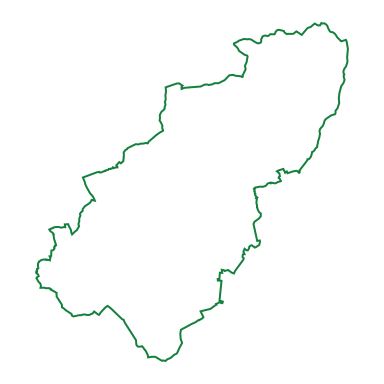 outline of Ceica, Bihor, Romania
{"feature_id": "2599482B26005184493765", "entity_name": "Ceica", "entity_type": "district", "adm_level": 2, "iso_a3": "ROU", "parent_name": "Romania", "parent_adm1": "Bihor", "projection": "orthographic", "projection_center": [22.182, 46.874], "detail": "fine", "context": "isolated", "style": "outline", "palette": "green", "viewbox_px": 384, "rotation_deg": 0, "n_neighbors": 0, "source": "geoboundaries", "source_scale": "gbopen_adm2", "svg_char_len": 5855}
<svg xmlns="http://www.w3.org/2000/svg" viewBox="0 0 384 384"><path d="M222.8,301.6L219.5,300.6L221.5,280.8L217.8,280.5L217.7,279.0L219.4,278.9L219.9,272.7L222.2,272.9L221.8,269.8L224.1,270.3L224.6,271.0L228.0,270.0L231.5,272.5L233.9,273.5L235.3,270.6L243.4,259.6L243.7,258.2L242.6,257.2L242.6,256.7L242.8,254.7L243.1,254.3L244.5,254.2L243.4,251.9L244.6,248.8L246.5,250.3L247.8,250.3L248.7,249.1L249.2,247.6L249.2,246.8L250.7,245.5L251.7,245.3L253.2,246.4L253.9,246.6L254.5,247.5L255.7,247.3L259.3,244.9L260.0,241.6L259.8,240.5L257.2,240.9L253.5,224.0L254.5,221.7L258.9,218.6L260.8,216.2L260.8,213.4L259.3,212.4L257.8,209.8L257.4,207.9L257.0,207.6L257.0,205.4L256.5,203.6L256.5,201.6L256.9,198.7L256.0,198.3L256.3,197.7L256.2,197.3L256.9,197.2L255.4,195.7L255.3,193.8L254.9,193.8L254.7,192.0L254.5,191.6L254.8,191.1L254.6,190.7L254.3,190.7L254.4,189.8L254.0,189.1L254.8,188.9L255.2,188.0L254.9,187.8L255.1,187.6L260.2,186.6L263.0,186.8L265.3,186.0L266.4,185.2L267.4,183.8L269.1,182.9L270.7,183.3L270.9,182.6L275.1,183.4L278.5,181.8L280.8,181.2L280.7,180.6L279.8,178.9L278.6,177.8L278.9,177.0L279.9,176.3L279.4,173.4L276.9,171.3L278.1,170.6L283.3,168.9L285.1,172.7L286.0,171.7L286.8,171.4L287.5,173.2L293.3,171.3L296.5,170.8L297.5,171.3L298.9,172.8L299.3,172.8L299.8,172.0L299.3,171.5L299.2,171.0L299.5,170.9L299.6,170.2L300.2,169.8L300.9,168.6L305.9,162.2L307.6,159.7L307.6,159.2L308.8,159.2L310.4,157.5L311.0,156.3L311.9,153.4L312.0,152.1L312.8,151.8L314.3,150.5L315.7,148.2L317.2,147.1L317.2,145.5L317.7,143.9L318.0,141.6L319.3,137.5L319.9,134.4L320.0,133.5L319.5,131.6L319.9,129.4L320.6,128.3L322.9,125.8L323.9,123.3L324.3,121.6L324.9,120.2L325.9,119.0L331.1,115.4L335.0,114.2L335.5,113.4L335.5,111.3L335.7,110.5L337.4,108.5L339.2,103.2L338.8,97.9L339.5,92.7L341.2,86.2L343.5,83.0L344.6,79.8L343.7,77.0L343.8,75.0L344.3,74.6L343.4,72.4L343.5,71.0L344.1,69.2L346.1,66.3L347.5,61.8L347.1,57.2L347.9,49.0L346.7,41.7L345.9,39.9L341.2,41.3L337.4,37.5L335.9,35.1L334.3,33.2L332.6,32.2L330.9,32.0L329.8,31.3L328.2,28.3L327.2,25.6L325.4,23.9L324.2,23.3L322.4,23.6L321.4,23.0L320.0,25.4L318.0,25.4L314.7,23.6L310.6,27.0L308.1,27.8L307.1,28.5L301.7,34.9L296.4,31.4L293.2,33.9L287.9,33.9L286.9,34.1L284.6,32.6L283.9,31.0L279.4,29.9L277.9,29.9L276.7,30.6L275.7,31.7L275.0,33.6L274.5,34.3L270.2,34.2L268.7,35.7L267.6,36.1L265.4,35.5L263.9,35.8L262.4,36.6L262.0,37.9L261.2,39.1L261.2,41.6L260.9,42.4L259.5,43.2L257.5,43.3L255.5,42.3L251.5,39.7L249.5,39.1L247.2,39.3L243.8,39.0L238.6,40.8L237.9,41.6L234.0,43.4L233.9,44.0L234.1,44.7L237.0,47.3L238.1,48.8L239.0,50.9L244.8,54.9L247.2,55.6L247.6,56.4L246.6,62.2L244.9,65.9L245.4,67.8L245.6,69.4L242.6,75.5L242.8,76.6L242.0,77.0L240.7,76.3L235.3,75.7L233.1,74.9L229.3,75.3L224.7,80.1L218.5,83.2L214.3,83.2L213.0,84.2L208.7,85.0L207.3,84.5L204.6,84.6L200.7,86.5L184.5,87.8L181.6,88.9L181.5,87.1L181.9,86.8L182.0,85.8L182.4,85.6L179.2,83.4L176.8,83.5L165.7,87.3L166.0,92.1L165.4,95.0L165.7,98.8L165.5,100.3L164.9,101.9L165.5,104.4L165.3,105.4L164.5,107.3L164.7,108.5L163.9,109.7L161.6,111.6L160.4,113.7L159.8,115.4L160.0,118.3L159.6,120.5L161.1,122.8L162.4,125.9L162.2,128.0L163.1,130.7L159.7,132.6L156.0,135.3L149.2,141.2L148.2,142.3L148.0,143.1L147.6,143.4L146.0,143.0L142.4,143.7L140.7,143.6L138.7,144.4L135.7,144.2L127.7,148.1L127.3,148.5L127.2,149.0L125.6,149.9L123.7,152.3L123.9,155.4L123.6,156.9L123.8,157.6L123.7,158.2L123.4,159.5L123.3,161.2L120.9,163.3L119.3,162.1L116.4,165.2L117.4,166.9L117.4,167.4L115.5,167.4L113.8,168.2L112.9,167.3L111.7,168.7L110.7,168.7L110.4,169.0L108.8,168.9L108.2,169.8L104.9,170.7L104.9,171.1L103.2,171.5L101.8,172.2L100.1,172.6L99.3,171.9L96.6,172.4L82.9,177.5L84.9,182.3L85.3,184.3L86.6,187.1L90.0,193.2L92.8,196.4L94.3,199.2L94.8,200.7L91.6,199.9L91.3,200.9L90.2,202.5L88.9,203.6L84.9,206.2L83.0,208.7L82.7,209.2L82.6,211.0L81.0,212.3L79.9,214.0L80.4,215.7L79.6,217.4L79.2,219.2L79.3,221.3L78.5,223.7L78.5,224.8L79.1,225.9L78.9,226.6L76.7,230.3L74.8,231.7L72.1,234.4L71.3,232.6L71.1,230.8L70.8,229.7L68.7,225.7L68.2,224.2L64.8,224.4L65.2,227.2L64.0,227.0L61.3,227.7L58.4,226.9L55.0,227.1L53.3,227.6L53.1,228.0L52.1,228.2L51.6,228.7L50.9,228.7L49.3,229.5L50.1,230.9L53.1,233.3L53.7,234.4L53.3,234.6L53.4,235.1L53.7,236.2L54.1,239.0L56.1,245.2L55.7,245.6L55.3,245.6L55.2,246.1L54.7,246.0L54.1,247.7L54.4,247.8L54.5,248.4L53.7,249.7L53.1,250.2L51.4,250.5L51.2,254.4L51.2,255.8L50.8,256.6L50.4,256.6L50.1,256.2L49.6,256.3L50.3,257.9L50.2,258.9L49.8,259.5L49.9,260.3L47.4,259.7L47.2,260.0L45.9,259.8L45.6,259.3L44.8,259.7L43.3,259.5L41.2,260.1L40.9,260.5L39.0,261.5L38.9,262.2L38.1,263.1L37.9,266.3L38.2,267.1L38.3,268.1L38.0,268.2L37.6,269.0L37.1,269.0L37.1,270.2L36.9,270.0L36.5,270.9L36.8,271.9L36.2,272.0L36.1,272.4L36.3,273.1L38.1,274.5L38.7,276.1L36.6,277.6L36.5,278.2L38.8,282.2L39.7,282.8L40.2,283.5L40.8,285.1L40.9,285.8L40.5,287.8L44.3,287.7L45.8,288.2L49.5,288.2L51.1,289.3L50.8,289.7L53.7,291.1L56.6,292.9L56.4,293.3L56.7,295.5L56.6,296.5L61.6,304.3L62.0,305.4L62.0,307.3L64.0,308.6L65.6,310.1L71.4,313.9L71.8,314.7L71.8,315.4L72.8,316.2L73.6,316.4L79.2,315.2L81.4,315.2L81.9,314.8L84.3,314.4L87.1,315.0L89.0,315.0L92.7,313.4L94.1,311.5L97.7,314.2L99.0,314.9L101.1,312.0L105.2,307.6L107.5,305.9L107.9,306.1L110.9,308.4L121.3,318.4L122.6,319.5L123.6,319.7L124.7,322.5L136.0,340.2L136.3,344.3L136.6,345.2L137.5,346.3L138.7,346.7L141.0,346.6L142.0,346.2L143.3,347.6L144.8,350.0L145.3,350.2L146.3,352.0L147.7,354.8L148.1,357.4L151.5,356.8L155.3,356.8L161.9,360.8L162.3,360.5L163.6,360.5L165.4,361.0L167.5,359.2L170.6,358.0L174.4,354.6L176.2,353.9L177.1,353.1L179.4,348.0L182.1,342.9L180.8,339.3L180.6,338.1L180.3,333.5L181.0,329.7L191.8,323.9L195.4,322.3L198.4,320.2L198.9,319.9L199.2,320.2L202.4,318.3L203.4,317.2L200.6,311.3L210.4,308.9L215.5,305.2L216.4,304.8L216.0,304.0L219.9,302.2L221.3,303.1L222.4,303.1L222.8,301.6Z" fill="none" stroke="#15803d" stroke-width="2"/></svg>